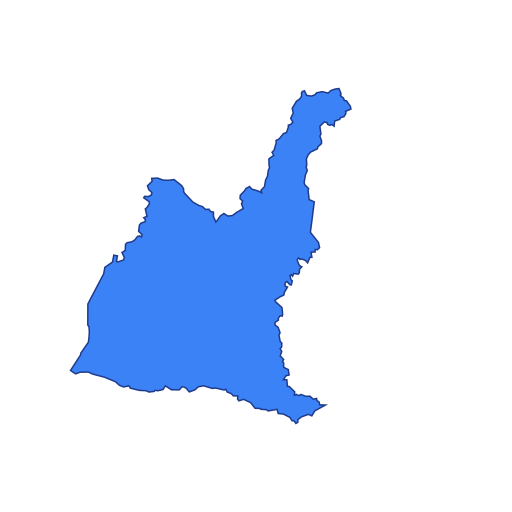 Ciales, Puerto Rico (Mercator projection), rotated 207°
{"feature_id": "32010507B34283188720428", "entity_name": "Ciales", "entity_type": "district", "adm_level": 2, "iso_a3": "PRI", "parent_name": "Puerto Rico", "parent_adm1": "", "projection": "mercator", "projection_center": [-66.527, 18.264], "detail": "fine", "context": "isolated", "style": "filled", "palette": "blue", "viewbox_px": 512, "rotation_deg": 207, "n_neighbors": 0, "source": "geoboundaries", "source_scale": "gbopen_adm2", "svg_char_len": 3785}
<svg xmlns="http://www.w3.org/2000/svg" viewBox="0 0 512 512"><g transform="rotate(207 256 256)"><path d="M133.3,144.7L126.5,154.7L131.7,152.3L133.5,154.6L136.2,154.9L137.3,156.6L140.1,154.4L144.2,155.6L147.9,153.6L153.1,153.0L154.6,151.0L157.3,151.0L158.6,149.4L159.8,152.5L167.0,154.8L168.9,154.2L172.3,159.7L175.4,158.2L174.9,162.9L172.5,165.0L175.6,169.4L180.8,169.4L182.8,173.3L184.5,174.0L184.4,176.3L189.1,178.0L189.7,182.6L192.5,184.4L191.8,186.4L193.4,190.1L195.6,190.8L199.6,195.9L199.7,198.5L203.9,202.5L207.7,203.2L208.9,205.5L206.9,209.1L207.9,210.7L207.3,213.9L205.4,214.2L205.6,215.8L209.4,221.8L218.0,224.2L219.1,225.2L216.1,230.4L213.5,233.8L214.2,236.5L213.8,242.6L216.7,242.5L217.8,245.6L216.8,247.4L213.0,245.8L211.4,246.3L212.4,250.3L214.2,250.8L216.8,254.0L216.0,255.4L214.2,254.6L214.5,257.5L210.1,259.0L209.8,260.7L211.2,263.9L210.3,267.2L213.0,267.2L216.7,270.2L217.7,271.9L217.0,273.7L215.2,272.9L213.7,274.2L210.0,274.5L206.9,273.3L207.3,279.4L205.6,280.2L208.7,284.4L205.2,286.4L206.2,288.7L204.1,289.5L203.1,292.3L206.5,296.4L218.3,301.8L222.5,313.6L228.7,330.7L234.2,330.4L239.4,338.1L239.8,340.0L245.1,341.7L246.5,343.5L248.8,350.8L249.1,355.4L251.8,358.2L252.0,360.0L255.2,365.4L255.4,369.9L254.5,373.4L250.0,379.3L250.4,381.5L248.7,385.9L249.9,388.4L253.5,391.8L253.5,394.1L258.0,400.6L256.0,406.4L253.4,407.1L252.0,405.8L249.4,406.0L248.3,407.6L245.3,407.1L247.2,411.9L243.5,415.7L243.4,417.9L240.9,420.0L240.6,423.9L241.9,425.5L238.1,430.0L239.9,432.2L245.9,435.4L247.8,434.6L249.7,436.4L253.8,437.3L253.8,439.1L258.1,442.9L261.5,440.5L264.4,437.4L265.6,434.0L271.8,432.4L276.2,428.8L276.6,426.5L279.1,423.7L283.8,422.1L287.8,425.2L289.4,423.6L289.5,421.9L288.0,419.2L288.2,416.1L290.2,412.3L290.8,404.1L287.7,400.2L287.6,394.4L283.9,392.0L284.9,388.9L286.6,387.3L285.6,385.2L284.9,379.9L287.1,377.5L288.6,370.7L290.6,368.1L289.4,366.0L287.9,358.5L288.8,355.7L285.9,353.8L288.6,348.4L285.2,342.1L284.1,341.2L283.9,337.8L282.0,332.2L281.9,327.9L279.9,321.5L281.4,316.8L279.6,314.9L283.6,314.9L290.1,313.7L293.3,315.0L295.6,311.6L295.8,308.8L297.6,303.0L296.3,299.9L292.8,298.9L292.6,295.9L288.9,292.5L293.1,286.0L295.4,281.3L299.2,278.8L303.9,279.3L305.9,275.7L306.9,269.0L307.2,268.0L311.8,271.9L313.9,275.8L316.7,275.0L319.2,276.3L322.1,274.6L326.2,275.7L329.8,275.1L336.8,275.4L348.4,279.6L349.7,280.6L351.1,283.1L354.3,285.0L363.7,286.9L368.6,283.6L373.4,281.4L379.0,280.8L384.2,277.8L383.6,276.9L382.5,275.5L384.6,269.2L381.7,266.5L377.6,265.3L376.9,262.8L379.0,260.0L382.2,258.7L382.5,256.9L376.0,255.9L374.7,254.3L375.2,249.5L376.0,247.7L371.2,241.9L373.4,239.1L370.8,238.0L370.5,236.1L373.5,232.9L373.9,230.5L371.8,224.7L367.1,223.2L366.7,220.9L368.8,221.1L370.5,219.6L371.2,215.4L373.0,212.4L376.8,209.4L377.6,207.2L375.0,201.6L375.9,200.2L377.0,198.3L372.6,194.9L372.2,192.4L376.4,188.0L377.8,187.7L379.5,193.2L383.1,192.2L381.1,185.5L385.5,177.3L384.8,174.9L383.6,170.8L383.9,149.3L384.0,144.8L384.0,136.9L374.6,118.2L372.6,117.0L369.9,112.4L368.0,108.0L366.2,103.1L368.0,89.9L367.4,88.1L369.3,69.8L363.2,69.1L360.0,72.6L352.7,76.5L348.1,76.6L336.1,79.2L324.2,80.2L319.1,78.8L314.5,79.2L310.2,82.6L307.9,81.2L298.7,83.4L293.0,86.0L289.6,86.2L285.3,89.1L284.9,90.6L282.4,91.3L278.2,94.8L277.8,99.2L270.7,98.4L263.6,101.9L262.5,105.9L260.9,106.5L258.1,106.5L253.7,104.6L249.6,109.1L248.0,113.3L243.7,116.6L234.7,118.2L232.2,120.0L223.6,122.1L222.4,123.5L219.8,121.7L215.9,122.2L212.6,121.1L208.7,123.1L207.5,120.1L205.5,119.2L201.9,122.7L194.2,122.9L187.7,119.9L183.6,121.8L182.1,121.6L176.7,123.9L174.9,123.4L171.9,125.7L167.6,128.9L164.7,125.7L159.9,127.6L152.5,127.6L149.1,125.6L147.3,126.4L144.4,124.9L143.2,126.9L144.5,129.2L142.3,133.5L137.4,138.7L133.7,138.9L133.3,144.7Z" fill="#3b82f6" stroke="#1e3a8a" stroke-width="1.5"/></g></svg>